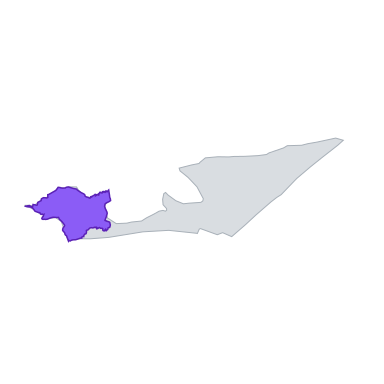 HaZafon highlighted on a map of Israel, rotated 247°
{"feature_id": "ISR-3056", "entity_name": "HaZafon", "entity_type": "District", "adm_level": 1, "iso_a3": "ISR", "parent_name": "Israel", "parent_adm1": "", "projection": "albers", "projection_center": [35.33, 32.896], "detail": "fine", "context": "in_parent", "style": "filled", "palette": "violet", "viewbox_px": 384, "rotation_deg": 247, "n_neighbors": 0, "source": "natural_earth", "source_scale": "10m", "svg_char_len": 4877}
<svg xmlns="http://www.w3.org/2000/svg" viewBox="0 0 384 384"><g transform="rotate(247 192 192)"><path d="M245.2,32.5L243.5,36.8L242.0,39.1L241.5,42.6L242.5,45.4L243.1,49.3L244.3,50.3L244.8,52.9L243.7,55.4L244.2,57.4L245.6,59.3L246.6,67.0L248.6,70.6L245.5,76.2L244.9,80.7L241.8,87.7L238.2,88.2L229.8,92.0L228.7,93.1L227.2,95.3L226.9,97.0L225.8,115.2L221.2,114.7L215.6,110.8L214.5,107.3L212.8,106.2L208.8,105.7L201.3,104.0L192.5,109.9L188.8,119.8L188.0,124.5L185.0,134.2L186.0,140.2L186.5,147.9L187.2,154.3L186.4,158.1L184.7,160.1L185.2,161.6L186.7,162.1L191.6,160.4L196.7,162.1L201.5,165.4L201.9,167.5L198.5,168.8L190.3,173.7L184.5,179.5L182.9,184.8L179.0,196.1L179.5,198.4L181.4,199.8L194.8,198.6L206.9,194.1L216.1,189.2L219.0,189.5L217.1,201.9L217.1,202.0L215.5,209.6L216.2,210.9L218.2,217.6L214.3,229.7L209.9,239.6L208.4,244.3L204.1,254.8L199.7,266.9L197.4,275.2L197.9,278.2L196.8,293.5L197.4,297.8L192.2,311.1L191.2,317.6L189.1,326.5L185.5,345.3L180.5,351.5L178.1,344.5L172.7,324.4L168.8,310.6L163.5,293.6L154.7,273.0L153.9,268.0L152.0,260.8L145.9,242.0L141.0,228.4L135.4,211.1L142.6,204.3L142.8,198.6L155.0,185.5L155.0,184.2L151.7,180.7L152.2,180.1L165.8,155.6L174.5,131.3L182.8,97.5L188.6,80.3L193.4,68.9L195.6,59.4L203.4,58.8L209.2,59.8L216.1,60.1L221.7,56.5L224.4,45.9L227.5,44.2L229.1,46.7L230.8,43.9L238.0,39.2L241.6,36.2L245.2,32.5Z" fill="#d9dde1" stroke="#a8b0b8" stroke-width="1"/><path d="M226.4,116.1L220.9,114.7L219.3,114.2L217.7,114.2L215.9,113.7L215.5,111.6L215.5,109.1L214.9,107.2L212.9,105.9L210.9,105.7L206.6,105.9L205.3,105.5L203.4,103.9L202.5,103.4L202.3,103.0L200.4,101.2L200.1,101.0L199.8,100.8L199.7,100.9L199.4,101.1L199.3,101.5L199.2,101.6L199.0,101.8L198.4,102.1L198.2,102.3L198.1,102.6L198.0,102.9L197.9,103.0L197.5,103.2L197.4,103.3L197.3,103.5L197.1,103.7L196.9,104.0L196.5,104.3L196.2,104.4L195.8,104.4L195.7,104.3L193.7,104.0L193.4,103.8L193.2,103.7L192.7,103.4L192.5,103.2L192.4,103.1L192.3,102.9L192.2,102.8L191.8,102.5L191.6,102.4L191.6,102.2L191.6,101.9L191.8,101.3L191.8,101.0L191.8,100.8L191.7,100.7L190.8,100.1L190.5,99.8L190.4,99.7L190.4,99.4L190.3,99.0L190.2,98.7L189.9,98.3L189.8,98.0L189.8,97.8L189.9,97.7L190.0,97.6L190.5,97.6L190.8,97.7L191.2,97.8L191.5,97.9L191.5,97.7L191.4,97.5L190.9,96.9L190.7,96.6L190.5,96.3L190.6,96.2L190.6,95.9L190.7,95.7L190.8,95.5L190.9,95.4L191.1,95.2L191.3,95.1L191.5,95.0L191.8,95.0L192.1,95.1L193.0,95.5L193.4,95.4L193.5,95.3L193.7,95.0L194.2,93.9L194.3,93.6L194.5,93.5L195.5,92.9L195.5,92.7L195.5,92.4L195.2,90.9L195.3,90.3L195.4,90.0L195.4,89.9L195.5,89.9L195.8,89.9L195.9,90.0L196.1,90.4L196.2,90.5L196.4,90.6L196.5,90.6L196.9,90.3L197.0,90.1L197.1,89.8L197.2,89.7L197.1,89.1L197.2,88.9L197.2,88.7L197.6,88.5L197.7,88.3L197.7,88.1L197.6,87.0L197.6,86.8L197.7,86.6L197.8,86.5L198.5,85.4L198.5,85.2L198.6,84.9L198.7,84.2L198.7,83.9L198.7,83.7L198.0,82.1L197.8,81.7L197.8,81.4L197.9,80.3L197.9,80.0L197.9,79.8L197.8,79.7L197.5,79.6L196.5,79.3L196.3,79.2L196.2,79.1L195.9,78.9L195.7,78.7L195.1,78.3L195.0,78.1L195.1,77.0L195.1,76.7L194.8,76.4L194.7,76.2L194.3,75.4L194.1,75.2L193.9,75.1L193.5,74.9L193.3,74.9L193.6,73.9L193.5,72.9L192.6,72.5L193.1,71.3L193.5,66.3L194.5,63.7L194.7,62.1L194.5,60.7L194.8,60.4L195.1,59.9L195.5,59.7L195.0,59.1L195.3,59.1L200.8,59.4L201.1,59.3L201.8,58.7L202.3,58.6L202.7,58.6L203.7,58.8L204.1,58.9L206.7,58.0L207.5,58.0L207.8,58.2L208.2,58.4L209.0,59.0L209.7,59.8L210.1,60.8L210.8,61.6L211.7,61.7L215.5,60.7L218.7,59.3L220.8,59.2L221.2,57.9L222.4,55.6L223.0,54.3L223.4,52.2L223.5,48.2L224.0,46.4L224.7,45.3L225.0,44.2L225.5,43.5L226.3,43.4L226.7,43.8L227.9,45.8L228.8,46.4L229.2,46.8L229.2,46.7L229.2,46.4L230.2,45.5L230.3,44.4L231.0,44.0L232.5,43.8L233.0,42.8L235.6,40.0L236.8,39.7L237.7,39.6L238.6,39.3L239.6,38.9L240.4,38.4L241.5,37.2L242.8,34.5L243.9,33.2L244.0,33.6L243.6,34.1L243.5,35.5L243.3,35.9L243.1,37.0L242.0,37.8L241.5,38.4L240.0,39.1L242.6,40.8L240.4,44.1L240.8,44.7L242.7,46.0L243.0,49.8L244.6,50.8L244.8,53.1L244.0,54.7L243.3,55.9L243.3,57.1L245.9,58.2L245.7,59.2L246.6,66.9L247.0,68.0L248.6,70.6L247.6,72.4L247.2,72.6L246.0,74.6L245.2,77.0L245.5,78.0L245.0,80.1L241.6,84.2L239.8,86.9L238.6,87.2L234.9,89.6L232.6,91.6L231.5,92.2L229.9,92.0L228.6,92.9L227.6,94.3L227.0,94.9L226.5,95.1L226.4,95.3L226.3,96.0L226.6,96.6L227.2,96.9L227.2,97.4L226.7,97.4L226.7,98.0L227.1,98.8L227.3,100.8L227.7,101.9L227.4,102.3L227.3,102.1L227.2,101.9L227.0,102.1L226.7,103.0L226.3,102.5L226.5,104.2L226.7,104.7L225.8,104.7L225.8,105.2L226.2,105.2L226.4,105.2L226.9,105.9L227.1,106.3L227.7,106.9L227.7,107.4L227.1,107.6L226.7,108.1L226.4,108.6L226.3,109.1L226.6,109.3L226.7,109.5L226.9,109.6L227.2,109.6L227.2,110.3L226.8,110.5L226.3,110.8L226.7,111.3L225.8,111.9L226.0,112.1L226.3,112.5L225.8,112.5L225.8,113.0L226.2,113.4L226.3,113.7L226.0,113.9L225.4,114.1L225.7,115.0L225.8,115.2L226.2,115.6L226.4,116.1Z" fill="#8b5cf6" stroke="#5b21b6" stroke-width="1.5"/></g></svg>